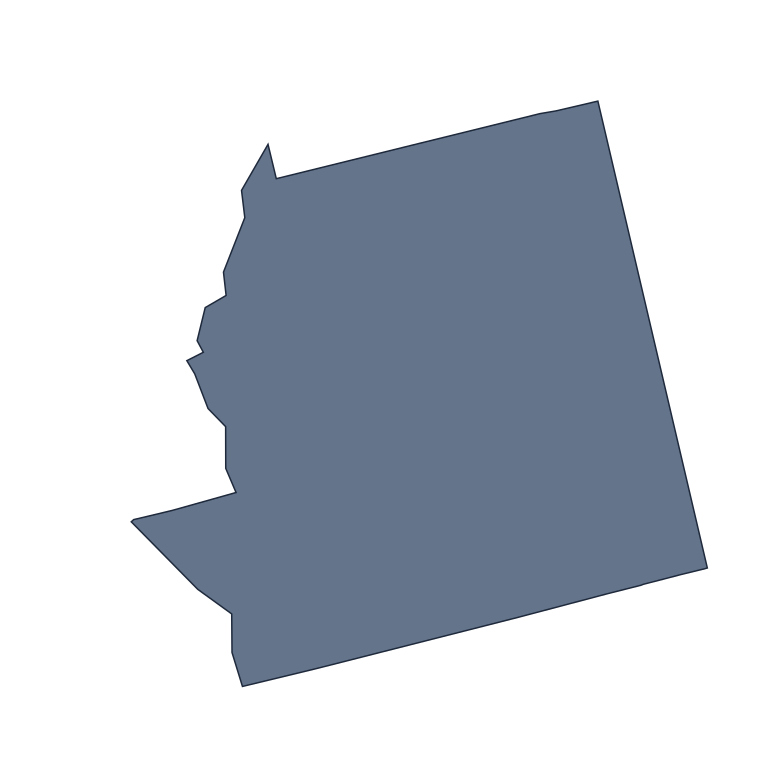 outline of Henry, Tennessee, United States of America, rotated 165°
{"feature_id": "52423323B42706249994053", "entity_name": "Henry", "entity_type": "district", "adm_level": 2, "iso_a3": "USA", "parent_name": "United States of America", "parent_adm1": "Tennessee", "projection": "equal_earth", "projection_center": [-88.245, 36.311], "detail": "fine", "context": "isolated", "style": "filled", "palette": "slate", "viewbox_px": 768, "rotation_deg": 165, "n_neighbors": 0, "source": "geoboundaries", "source_scale": "gbopen_adm2", "svg_char_len": 639}
<svg xmlns="http://www.w3.org/2000/svg" viewBox="0 0 768 768"><g transform="rotate(165 384 384)"><path d="M119.3,122.6L104.2,601.9L147.4,603.3L163.4,604.8L434.9,610.2L434.0,645.5L471.5,607.9L475.4,580.7L510.1,533.6L513.6,510.4L536.9,504.1L553.3,474.2L550.3,461.4L568.4,457.6L564.2,442.8L560.3,405.8L548.0,383.8L558.7,343.5L555.0,317.5L621.4,316.7L660.9,317.8L663.8,316.3L617.0,233.8L590.6,201.3L600.3,164.0L599.0,128.5L522.2,126.6L321.9,124.0L316.6,123.9L311.5,123.9L222.9,123.6L187.8,123.1L185.4,123.4L164.6,123.2L147.5,123.1L147.4,123.1L123.9,122.6L123.5,122.5L119.3,122.6Z" fill="#64748b" stroke="#1e293b" stroke-width="1.5"/></g></svg>